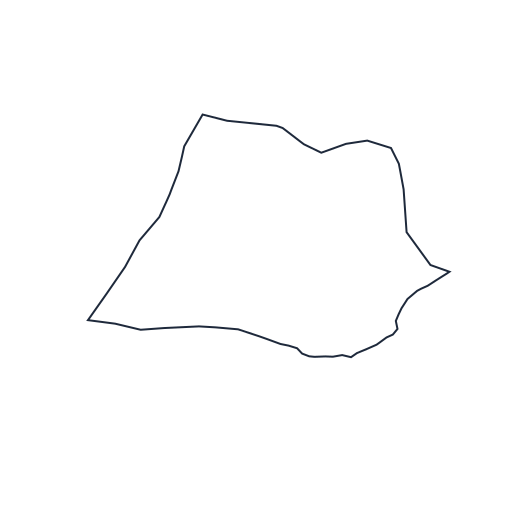 Tandjilé Centre, Tandjilé, Chad (Natural Earth projection), rotated 233°
{"feature_id": "50815135B21537967756666", "entity_name": "Tandjilé Centre", "entity_type": "district", "adm_level": 2, "iso_a3": "TCD", "parent_name": "Chad", "parent_adm1": "Tandjilé", "projection": "natural_earth1", "projection_center": [16.099, 9.299], "detail": "fine", "context": "isolated", "style": "outline", "palette": "slate", "viewbox_px": 512, "rotation_deg": 233, "n_neighbors": 0, "source": "geoboundaries", "source_scale": "gbopen_adm2", "svg_char_len": 957}
<svg xmlns="http://www.w3.org/2000/svg" viewBox="0 0 512 512"><g transform="rotate(233 256 256)"><path d="M220.4,414.0L236.6,422.1L243.7,425.6L261.0,428.8L281.2,414.3L291.4,395.4L299.2,370.3L316.4,361.5L320.6,360.3L342.2,354.3L347.7,350.7L381.4,314.3L401.1,298.5L386.8,264.7L379.7,256.4L370.3,245.1L363.9,234.8L360.0,228.5L357.3,224.3L352.7,216.0L352.3,215.2L345.3,202.3L338.6,172.4L326.1,144.9L315.8,114.0L305.9,83.2L286.7,102.8L266.5,119.5L253.8,139.2L234.1,168.1L223.4,180.7L208.2,197.6L190.0,210.2L182.9,214.9L171.0,222.6L164.8,228.1L157.6,233.3L150.3,234.1L143.9,238.1L140.3,242.0L134.1,250.9L129.3,256.8L125.0,265.2L118.0,271.0L117.7,278.3L115.1,288.3L112.6,298.9L112.5,302.7L112.4,311.2L110.9,318.0L112.6,325.1L120.0,328.6L123.6,334.8L126.7,340.8L128.6,346.0L130.5,351.1L131.2,363.7L130.5,368.2L128.9,375.2L128.2,385.3L127.6,392.7L127.2,397.2L127.0,401.0L143.8,389.9L184.4,390.6L220.4,414.0Z" fill="none" stroke="#1e293b" stroke-width="2"/></g></svg>